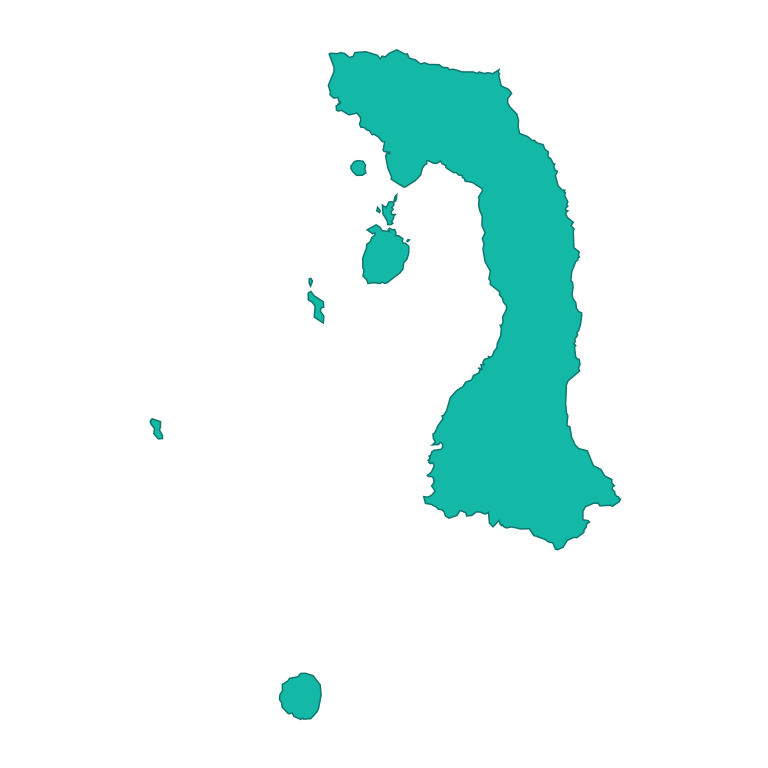 outline of Sikka, Nusa Tenggara Timur, Indonesia, rotated 269°
{"feature_id": "22746128B25889265457696", "entity_name": "Sikka", "entity_type": "district", "adm_level": 2, "iso_a3": "IDN", "parent_name": "Indonesia", "parent_adm1": "Nusa Tenggara Timur", "projection": "orthographic", "projection_center": [122.277, -8.457], "detail": "fine", "context": "isolated", "style": "filled", "palette": "teal", "viewbox_px": 768, "rotation_deg": 269, "n_neighbors": 0, "source": "geoboundaries", "source_scale": "gbopen_adm2", "svg_char_len": 6133}
<svg xmlns="http://www.w3.org/2000/svg" viewBox="0 0 768 768"><g transform="rotate(269 384 384)"><path d="M262.3,617.2L264.8,618.4L265.0,617.2L267.3,616.4L267.4,614.8L270.3,612.8L272.0,612.9L275.2,610.1L277.4,610.8L278.2,612.6L280.9,610.1L284.6,610.1L288.2,603.0L294.8,599.4L298.7,591.9L313.7,586.1L316.0,577.6L319.6,574.1L327.5,570.6L338.1,569.1L338.8,566.9L340.2,566.2L349.1,567.2L351.7,566.0L360.7,565.3L379.7,566.3L384.0,568.1L393.6,579.8L396.6,578.7L399.9,580.3L404.8,579.7L407.1,576.2L417.4,575.1L419.0,576.4L421.0,574.5L423.4,576.1L425.5,575.4L429.1,578.3L432.5,577.8L433.8,579.5L440.0,581.5L449.1,582.9L451.7,582.8L453.1,579.7L456.5,577.7L461.8,577.2L466.6,574.3L470.4,573.6L477.5,574.7L482.2,574.3L484.2,572.6L492.8,573.6L502.8,577.7L504.6,579.9L507.1,580.4L507.5,581.6L509.5,580.6L512.6,581.5L516.9,576.3L533.8,575.9L535.5,576.8L538.9,573.8L542.3,576.1L547.3,570.2L550.8,568.8L552.2,568.8L553.9,570.9L554.6,568.7L556.5,568.5L558.5,570.9L560.2,569.8L563.1,571.0L568.9,567.9L572.3,568.7L572.9,567.5L574.7,568.1L574.8,565.5L579.2,561.5L589.3,559.0L593.6,561.1L594.8,558.8L598.4,557.6L600.9,558.6L601.0,557.3L606.8,554.4L607.7,552.6L609.3,551.8L613.0,552.5L616.1,548.8L620.5,547.3L622.5,541.0L624.9,538.7L625.1,536.1L628.9,532.0L632.1,524.0L638.5,522.6L645.4,523.1L651.7,521.4L659.0,514.5L663.2,512.5L667.2,512.7L672.4,516.7L676.5,513.6L680.0,506.4L690.6,504.1L692.0,505.0L693.9,503.7L696.2,504.5L692.4,498.2L693.4,493.2L692.7,489.9L694.3,484.5L692.9,482.6L694.4,478.9L694.7,467.5L697.5,459.1L697.2,454.5L699.1,453.3L699.6,448.1L702.3,444.7L702.7,434.4L704.4,430.1L703.3,426.0L707.4,421.3L709.5,414.8L713.7,413.1L713.3,410.9L717.9,402.7L714.8,395.3L711.0,390.9L711.9,387.9L709.0,386.0L712.8,383.1L716.5,371.9L715.9,360.6L712.1,359.0L711.1,355.0L715.1,350.7L716.1,346.0L715.0,343.1L715.7,336.8L714.9,334.9L701.5,339.6L697.1,339.4L683.6,333.6L677.0,335.4L674.1,335.1L670.7,338.7L671.4,342.8L667.1,344.1L666.8,345.2L665.6,344.0L665.7,345.6L662.9,341.0L658.7,341.3L657.7,343.1L658.4,346.2L653.7,353.6L655.3,361.7L651.4,364.8L648.5,365.5L644.2,364.0L641.1,365.4L640.9,368.5L638.5,371.0L637.4,374.0L633.5,376.5L633.9,378.4L631.1,382.7L626.6,386.4L626.0,388.9L617.7,387.2L616.4,388.2L615.5,394.0L614.2,393.8L614.4,390.7L611.8,389.6L600.0,391.6L590.8,395.2L588.7,394.7L582.5,403.9L582.8,405.0L581.0,405.9L580.5,408.5L586.9,418.9L592.3,424.3L599.0,426.1L602.1,428.3L603.4,430.6L606.3,430.5L606.6,431.8L603.7,437.8L603.9,441.0L606.0,444.3L603.2,446.0L601.4,449.6L599.6,449.6L598.2,451.1L594.1,457.4L594.2,460.1L591.7,462.0L591.0,466.0L589.0,466.0L587.9,468.1L585.3,468.7L584.1,475.8L577.8,485.2L575.7,485.9L569.0,481.7L567.1,482.4L561.8,481.7L555.9,482.7L550.4,485.1L540.7,484.7L533.4,487.7L527.8,484.9L522.2,486.4L517.2,485.3L504.5,487.2L495.0,492.3L487.2,490.7L485.1,492.3L481.8,491.9L474.1,501.3L471.1,501.0L468.0,503.8L463.7,504.9L460.2,507.8L456.6,507.8L449.3,503.9L443.5,504.0L440.6,502.6L440.7,501.2L437.6,502.3L430.0,501.4L422.5,498.0L418.3,497.5L414.4,494.4L410.3,493.0L408.8,490.6L408.9,489.8L409.6,489.4L409.6,489.0L408.3,489.7L407.0,484.9L403.4,483.1L401.4,484.5L401.6,481.3L397.5,482.2L398.4,478.2L396.5,481.3L395.7,479.7L393.5,479.2L390.9,473.6L386.3,471.5L384.5,465.8L380.0,462.9L376.3,456.7L369.3,450.1L356.3,446.1L351.5,443.0L351.2,441.5L348.0,442.2L341.8,437.5L334.0,433.7L333.1,432.1L328.7,432.4L325.0,434.5L322.3,431.2L322.6,437.5L324.7,439.3L323.1,441.6L319.4,441.5L317.6,439.8L316.8,432.9L315.3,430.7L311.7,429.3L311.1,427.8L309.1,429.0L307.0,426.8L305.5,428.5L304.6,427.6L303.5,429.3L304.3,431.4L301.3,432.9L294.8,429.7L291.9,425.7L290.8,426.6L290.5,430.5L288.8,431.8L284.6,432.3L281.3,429.8L276.1,433.3L271.6,429.3L270.1,425.6L270.7,421.7L263.9,423.4L262.9,429.0L259.6,434.9L257.9,435.9L257.4,439.4L255.1,441.9L251.1,443.1L248.7,446.7L251.4,454.8L256.2,457.8L254.0,463.6L250.6,464.3L251.0,469.4L254.4,473.9L254.5,476.8L252.2,482.8L253.7,486.2L243.0,487.0L239.3,490.5L245.5,496.6L241.4,497.9L240.4,499.0L241.5,499.7L239.3,501.1L238.0,504.0L238.9,509.3L236.7,518.1L236.8,526.8L230.0,531.0L226.1,541.7L223.0,546.2L222.3,550.0L215.9,552.5L215.3,554.9L217.7,560.2L224.5,564.5L227.3,571.2L227.0,574.2L232.2,581.3L234.3,581.3L237.4,583.7L240.8,584.3L242.3,587.0L243.7,586.0L244.8,580.5L253.4,580.7L257.8,583.3L261.2,591.6L261.1,596.0L258.4,597.7L258.8,608.3L257.7,610.2L262.3,617.2ZM510.2,364.9L500.2,364.9L498.7,366.0L492.2,364.9L488.4,368.6L484.8,369.7L485.5,375.1L484.6,381.8L485.9,384.1L484.7,386.3L485.1,388.7L494.8,401.9L498.5,404.9L504.7,405.7L508.4,409.1L514.3,411.0L521.1,411.3L524.3,407.9L524.4,405.5L526.4,404.8L528.8,405.5L531.9,401.4L532.2,398.1L535.0,398.6L538.3,397.4L538.2,394.8L539.6,392.3L538.2,390.9L536.4,392.2L537.3,384.8L540.7,382.8L543.3,378.9L538.4,369.8L534.5,375.2L535.0,377.3L533.5,378.0L530.6,374.4L526.5,372.6L523.8,369.1L520.1,368.8L510.2,364.9ZM70.2,274.0L67.3,276.1L62.7,276.5L56.0,282.6L56.4,286.7L53.2,288.1L50.1,294.9L51.3,296.7L50.3,297.7L50.7,305.0L57.1,311.0L60.8,312.9L74.0,315.7L84.1,315.0L93.6,308.0L96.1,300.5L96.1,295.7L92.8,292.7L91.3,284.5L88.8,282.7L85.4,277.1L79.2,277.1L75.1,274.5L70.2,274.0ZM476.1,309.8L469.4,309.8L466.9,313.7L463.0,316.5L452.1,315.4L446.0,324.4L452.9,325.0L458.1,321.6L461.4,322.6L461.7,325.0L467.1,324.9L473.7,315.4L477.9,312.5L476.1,309.8ZM602.4,354.8L599.8,354.8L596.8,356.5L593.1,360.2L593.1,366.0L595.4,369.6L599.0,368.6L603.2,369.3L607.1,366.9L607.8,361.7L606.9,358.3L602.4,354.8ZM562.9,385.5L553.9,386.0L547.1,390.0L543.3,390.6L543.4,394.1L544.6,395.7L546.5,394.4L548.8,396.2L552.0,396.8L553.6,398.9L552.9,395.8L554.0,394.4L556.5,394.4L558.5,396.2L560.4,394.9L562.9,397.0L564.8,396.9L566.2,394.9L565.9,392.2L560.4,389.3L562.9,385.5ZM350.7,150.5L350.5,149.6L347.9,150.4L343.6,153.7L338.3,153.1L333.1,157.3L333.3,161.6L336.4,161.6L342.1,158.6L344.5,159.7L350.2,159.9L353.3,151.6L351.9,150.2L350.7,150.5ZM490.4,311.1L486.1,311.0L483.1,312.3L488.1,314.3L490.9,312.7L490.4,311.1ZM573.0,400.0L571.2,398.4L566.1,397.0L566.4,398.4L568.6,399.7L573.0,400.0ZM556.8,383.3L558.6,382.5L560.8,380.7L557.2,379.8L555.5,382.5L556.8,383.3ZM528.0,410.5L526.5,409.4L526.0,410.1L527.6,411.9L528.0,410.5Z" fill="#14b8a6" stroke="#0f766e" stroke-width="1.5"/></g></svg>